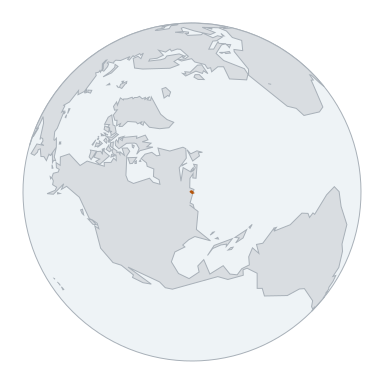 Rhode Island on an orthographic globe, rotated 312°
{"feature_id": "USA-3539", "entity_name": "Rhode Island", "entity_type": "State", "adm_level": 1, "iso_a3": "USA", "parent_name": "United States of America", "parent_adm1": "", "projection": "orthographic", "projection_center": [-71.395, 41.581], "detail": "fine", "context": "on_globe", "style": "filled", "palette": "amber", "viewbox_px": 384, "rotation_deg": 312, "n_neighbors": 0, "source": "natural_earth", "source_scale": "10m", "svg_char_len": 10361}
<svg xmlns="http://www.w3.org/2000/svg" viewBox="0 0 384 384"><g transform="rotate(312 192 192)"><circle cx="192" cy="192" r="169" fill="#eef3f6" stroke="#a8b0b8"/><path d="M184.3,360.8L186.5,360.8L183.4,360.7L189.1,360.0L185.7,360.2L186.8,357.6L191.9,354.4L195.4,340.2L191.8,336.7L178.8,332.1L163.2,315.4L167.4,308.7L164.0,304.9L175.2,294.8L172.2,283.9L168.3,282.0L164.4,285.8L151.0,277.2L146.4,267.8L106.7,242.5L103.0,236.2L103.5,228.1L93.4,194.7L96.3,223.4L91.8,216.2L88.7,205.0L91.2,203.9L90.3,188.5L86.7,180.5L89.1,161.7L101.7,142.5L102.4,147.3L105.3,142.5L104.6,136.4L103.5,133.6L112.7,111.9L112.3,95.0L106.6,93.2L112.3,91.2L97.6,90.5L93.8,85.4L101.6,89.2L105.0,88.2L104.2,83.5L107.5,81.5L109.0,78.2L113.1,76.4L117.3,79.2L120.0,78.2L119.3,75.0L122.9,71.4L123.6,76.2L130.0,70.7L138.2,75.3L136.8,91.1L144.8,93.4L152.5,109.6L155.2,107.0L159.8,112.0L164.7,111.1L164.7,114.7L168.6,110.9L167.6,107.8L169.0,105.1L171.8,104.4L172.3,108.8L171.0,109.8L172.6,110.7L171.7,113.3L173.7,111.6L174.0,117.3L177.8,110.7L181.5,114.5L180.6,118.5L175.3,119.3L160.1,131.8L157.5,136.9L159.2,142.8L173.8,151.2L173.2,156.6L176.3,163.0L179.1,159.3L177.7,153.0L183.6,148.2L181.1,141.5L183.2,138.7L182.8,131.8L188.7,131.8L194.6,135.6L195.2,141.5L197.8,143.5L201.9,137.3L207.6,148.1L219.2,155.3L220.1,158.4L213.3,165.1L201.4,166.3L192.6,176.6L204.2,169.1L206.1,177.7L208.9,178.9L212.2,178.2L213.7,174.6L215.6,177.6L204.9,185.8L203.0,183.2L206.4,180.5L200.8,181.3L193.6,187.5L195.2,191.8L182.6,197.9L183.5,201.2L181.3,204.6L180.7,198.8L181.6,209.5L167.1,220.3L168.1,238.4L160.8,223.9L154.3,221.5L146.4,220.6L146.4,223.5L136.0,219.4L126.3,223.4L122.4,236.5L125.7,247.8L137.3,250.8L140.9,245.8L149.6,246.0L143.0,260.2L158.1,264.5L156.4,275.1L160.7,281.0L168.3,280.3L176.2,283.4L181.8,277.5L191.0,274.3L191.1,282.8L196.2,275.0L201.3,278.9L219.4,277.2L218.1,279.3L233.4,286.9L249.8,287.8L253.7,292.5L251.7,296.4L257.4,295.9L257.5,298.1L280.0,293.9L291.2,294.2L290.7,301.1L281.0,312.5L271.4,328.9L253.7,338.3L248.7,343.5L234.1,351.6L223.5,353.2L226.1,354.7L219.8,356.6L212.7,357.5L211.2,358.6L205.9,359.1L209.2,359.3L200.5,360.5L202.6,360.6L202.2,360.7L184.3,360.8ZM33.0,161.6L34.2,158.4L33.8,161.9L33.0,161.6ZM34.8,155.4L34.4,156.7L34.7,155.4L34.8,155.4ZM34.9,153.8L34.8,155.0L34.8,153.9L34.9,153.8ZM34.9,152.0L34.9,152.9L34.9,152.0ZM167.1,244.2L184.3,253.2L174.4,253.9L176.3,252.5L172.0,248.9L163.8,245.2L155.2,246.0L167.1,244.2ZM35.3,148.4L35.5,147.4L35.7,147.9L35.3,148.4ZM175.1,235.1L172.1,234.3L175.1,234.4L175.1,235.1ZM102.4,132.8L104.3,136.5L103.7,142.9L101.7,140.0L102.4,132.8ZM104.1,121.2L105.9,122.1L102.5,126.8L102.5,124.8L104.1,121.2ZM101.7,92.5L102.6,95.0L100.6,93.3L101.7,92.5ZM108.5,78.1L107.2,78.1L108.5,76.4L108.5,78.1ZM179.6,132.4L181.2,132.1L180.5,133.5L179.6,132.4ZM178.0,129.7L176.0,131.5L175.0,130.6L176.2,129.4L178.0,129.7ZM116.0,72.2L118.6,69.7L116.7,72.7L116.0,72.2ZM180.7,127.7L173.3,128.6L171.5,126.9L174.6,121.4L180.7,127.7ZM120.5,68.6L126.7,62.9L124.3,62.3L134.5,61.2L125.9,66.2L124.0,69.8L123.1,68.0L120.5,68.6ZM166.1,107.1L167.2,110.4L163.7,108.4L166.1,107.1ZM163.5,106.5L150.7,104.9L150.4,100.0L154.7,101.4L152.3,95.8L158.4,94.2L161.2,96.9L160.1,100.3L163.3,97.1L163.5,106.5ZM139.2,61.7L141.3,60.9L139.9,62.3L139.2,61.7ZM169.3,103.9L166.7,103.9L166.2,99.6L171.3,98.8L169.8,100.5L169.3,103.9ZM148.6,95.3L149.2,92.1L154.3,89.9L155.2,88.4L158.5,93.7L148.6,95.3ZM171.3,101.1L173.9,98.6L176.6,100.1L171.7,103.7L171.3,101.1ZM164.0,98.9L164.0,96.8L165.7,97.7L164.0,98.9ZM187.8,104.2L184.7,104.1L184.2,101.8L187.8,104.2ZM174.6,97.6L173.7,97.2L173.1,96.3L175.3,95.1L174.6,97.6ZM161.9,91.9L164.0,91.7L160.8,89.6L164.6,88.0L166.1,91.9L167.0,89.6L168.1,89.1L168.1,92.9L161.9,91.9ZM175.9,91.3L179.2,96.1L185.0,96.8L185.5,98.8L176.1,97.4L175.9,91.3ZM171.3,91.9L174.3,91.9L173.6,94.3L171.1,95.7L171.3,91.9ZM166.5,85.6L160.4,86.9L160.3,86.1L166.5,85.6ZM177.8,91.0L176.9,89.9L178.3,90.8L177.8,91.0ZM170.1,86.6L168.0,87.2L167.9,86.2L170.1,86.6ZM177.1,87.2L178.1,88.7L176.5,89.7L177.1,87.2ZM174.0,86.6L174.4,85.0L175.2,89.1L173.1,87.0L174.0,86.6ZM170.4,85.6L169.7,85.2L171.3,85.5L170.4,85.6ZM182.8,83.0L184.2,87.9L180.5,89.9L179.7,84.8L182.8,83.0ZM317.3,78.7L319.5,81.2L319.8,81.5L330.0,94.5L338.8,108.4L335.3,105.2L333.3,102.5L333.1,102.3L332.8,102.1L336.4,107.1L334.3,105.9L340.8,112.1L342.6,115.4L347.6,126.2L351.9,137.3L355.3,148.7L358.0,160.4L359.8,172.1L360.8,184.0L360.9,195.9L360.2,207.9L358.7,219.7L358.5,213.5L358.7,202.4L357.8,201.1L356.4,207.2L354.8,205.7L353.5,208.8L342.7,232.4L336.8,233.1L323.8,224.0L323.9,213.5L319.5,205.4L316.7,155.9L321.1,151.7L324.6,129.4L326.0,127.8L331.0,135.1L337.9,127.5L333.8,118.6L334.7,109.9L331.8,101.8L321.2,89.4L325.9,102.4L321.3,100.3L313.3,86.0L308.5,75.5L306.5,74.4L305.1,77.8L299.4,72.5L304.1,78.8L305.6,78.4L308.5,82.5L307.3,83.3L305.4,81.2L305.5,84.0L314.9,93.5L317.4,94.0L320.6,104.3L325.2,106.4L327.7,110.9L320.9,109.1L318.1,106.5L309.4,108.9L312.7,112.5L321.1,110.7L320.5,112.6L325.0,118.1L321.1,115.5L311.1,117.2L310.9,127.6L318.7,148.4L317.0,154.7L311.9,157.6L301.1,144.2L306.2,131.7L302.4,127.4L294.5,126.2L296.8,122.7L294.2,120.9L295.4,116.3L290.5,107.1L290.8,102.5L282.3,96.5L281.3,93.5L286.6,97.8L290.4,98.5L290.3,88.0L288.3,85.3L282.9,82.4L283.5,80.1L278.3,78.7L275.0,72.3L274.5,79.2L268.1,76.6L262.6,71.8L260.4,72.3L269.4,80.3L273.0,82.5L276.3,82.3L286.1,90.1L287.6,94.3L276.9,91.3L277.8,97.2L269.2,92.8L250.3,73.0L245.7,66.4L251.9,58.9L256.7,61.1L256.9,64.8L262.7,62.9L259.3,62.3L259.9,60.6L253.8,58.3L253.9,57.0L248.0,57.1L247.5,55.3L251.2,55.3L241.9,50.9L239.0,47.2L236.8,46.8L235.3,47.5L232.6,42.7L231.1,42.7L231.4,44.3L228.7,45.4L222.8,45.6L222.2,43.9L224.2,43.6L227.6,40.7L233.1,40.4L232.3,39.8L227.3,39.6L223.2,43.1L219.8,43.8L221.1,41.8L220.4,42.5L218.5,42.4L216.1,40.7L214.4,42.9L194.7,44.7L188.0,42.2L191.4,39.8L176.9,40.7L170.6,38.6L170.9,39.9L164.2,41.7L166.1,42.3L165.7,43.2L149.3,49.2L145.0,49.6L138.3,54.5L138.5,55.3L141.3,55.2L134.5,61.2L124.3,62.3L124.4,60.4L117.9,62.8L119.2,58.3L117.3,56.0L122.6,50.4L120.6,49.4L118.2,50.5L113.8,50.3L112.8,46.7L123.9,44.6L127.5,50.8L127.0,47.6L130.2,47.1L131.9,45.2L131.2,43.3L129.2,43.9L143.9,35.6L148.4,30.9L140.6,33.4L136.0,34.3L134.3,33.3L137.4,32.1L149.1,28.6L161.1,25.9L173.3,24.1L185.6,23.2L197.9,23.1L210.1,24.0L222.3,25.8L234.3,28.4L246.1,31.9L257.6,36.3L268.8,41.5L279.5,47.5L289.8,54.2L299.6,61.7L308.8,69.9L317.3,78.7ZM323.5,176.1L325.0,178.8L323.5,176.1ZM307.3,69.7L301.8,64.0L297.5,61.5L295.1,59.2L294.5,59.4L297.2,61.4L294.9,61.5L290.1,57.6L287.3,56.4L289.0,58.3L298.1,65.7L301.6,65.2L305.7,68.8L307.3,69.7ZM220.0,277.0L222.2,278.4L219.3,278.8L220.0,277.0ZM173.0,257.6L176.6,258.0L178.5,259.5L175.7,259.8L173.0,257.6ZM204.0,257.9L208.2,258.4L203.8,259.4L204.0,257.9ZM187.0,254.3L200.6,257.8L192.0,260.7L183.4,258.5L189.4,257.8L187.0,254.3ZM173.2,240.7L175.5,241.5L174.8,243.2L173.2,240.7ZM177.2,235.2L176.3,235.3L175.2,233.8L177.2,235.2ZM206.7,177.2L207.6,176.7L211.0,176.6L209.4,178.2L206.7,177.2ZM225.9,168.1L228.5,173.2L225.5,170.5L223.8,173.4L215.5,171.8L220.1,160.0L219.5,165.5L225.9,168.1ZM205.7,166.8L210.4,168.9L205.0,167.1L205.7,166.8ZM278.7,116.6L281.3,115.8L284.1,118.9L283.7,125.8L279.7,121.2L278.7,116.6ZM284.4,114.0L274.0,109.7L273.8,105.6L275.6,108.5L276.6,106.2L279.8,110.5L289.9,111.2L293.0,114.1L290.6,124.6L289.7,119.4L287.1,120.4L284.4,114.0ZM247.6,109.4L243.1,108.4L248.5,100.6L252.1,102.5L252.0,109.2L247.7,111.0L247.6,109.4ZM187.7,118.2L185.6,119.0L185.4,117.7L187.1,115.9L187.7,118.2ZM186.4,104.3L196.6,113.6L194.8,114.9L203.0,119.2L201.3,124.4L196.0,121.4L200.9,128.9L195.4,128.2L199.2,133.0L187.7,125.6L183.0,125.6L188.9,123.6L190.6,118.7L189.9,116.6L184.5,110.8L175.2,108.8L175.4,104.0L178.0,101.2L180.3,100.9L179.4,104.0L183.0,101.5L183.5,105.8L186.4,104.3ZM208.5,75.7L206.6,78.5L214.0,75.8L214.5,79.4L215.3,78.9L217.9,81.6L222.4,84.1L221.8,85.8L223.8,86.1L225.5,88.0L228.0,89.0L228.0,92.6L231.1,94.1L229.3,95.0L234.6,96.8L230.6,97.1L232.4,99.9L235.4,98.1L228.8,116.7L229.1,124.9L231.6,131.8L224.3,131.8L217.4,125.6L211.6,117.0L212.3,109.3L208.9,111.0L208.3,107.9L211.2,107.9L206.3,106.0L206.5,103.6L201.4,97.0L194.1,96.3L192.0,94.1L195.0,93.1L190.8,91.6L195.1,88.3L193.7,86.7L196.5,82.1L203.1,81.5L201.0,79.7L203.1,76.4L208.5,75.7ZM183.8,81.7L191.5,79.7L195.6,80.8L189.0,88.5L189.7,90.4L185.6,95.7L179.7,94.1L181.4,92.6L181.7,90.9L183.4,92.1L182.3,89.9L184.6,87.9L184.3,85.7L186.9,85.6L183.8,81.7ZM324.2,123.2L324.6,121.6L324.5,118.5L327.4,122.1L324.2,123.2ZM317.5,124.5L317.4,122.5L321.4,125.7L320.9,127.5L317.5,124.5ZM314.0,118.9L317.1,122.2L315.1,121.5L314.0,118.9ZM286.2,95.9L285.7,93.9L286.9,94.2L288.8,96.1L286.2,95.9ZM230.5,69.6L228.8,70.7L227.8,70.1L222.0,70.5L221.2,68.1L224.3,66.9L230.5,69.6ZM324.0,93.2L326.8,97.4L326.3,97.7L325.5,96.2L324.0,93.2ZM328.7,110.2L329.2,107.4L329.4,111.2L328.7,110.2ZM228.6,67.0L226.4,67.4L227.3,65.9L228.6,67.0ZM220.3,66.3L220.8,64.6L220.4,67.8L220.3,66.3ZM218.1,48.9L227.1,50.9L233.0,51.2L235.4,49.4L235.8,53.0L226.7,52.5L218.1,48.9ZM197.6,45.2L195.5,47.2L193.9,46.1L194.1,45.6L197.6,45.2ZM198.2,46.6L200.5,49.5L197.6,50.4L196.4,47.9L198.2,46.6ZM214.9,57.4L217.6,58.1L216.8,59.2L214.9,57.4ZM126.5,36.2L126.9,36.2L119.8,39.4L118.1,40.1L119.6,39.3L126.5,36.2ZM125.0,37.1L128.5,35.7L136.9,34.5L136.9,35.1L126.7,37.1L129.5,36.0L128.7,35.9L125.0,37.1ZM140.5,60.1L141.2,60.8L139.4,60.9L140.5,60.1ZM166.9,43.5L166.1,44.6L164.0,44.5L166.9,43.5ZM162.7,47.7L165.7,47.1L162.8,48.5L162.7,47.7ZM172.2,45.6L167.0,47.1L171.6,44.7L172.2,45.6Z" fill="#d9dde1" stroke="#a8b0b8" stroke-width="1"/><path d="M192.3,191.6L192.3,191.8L192.2,191.8L192.2,191.7L192.3,191.5L192.2,191.5L192.1,191.4L192.0,191.5L191.9,191.7L192.0,191.8L191.9,192.0L191.9,192.3L191.9,192.5L191.7,192.6L191.2,192.7L191.0,192.8L190.9,192.8L191.0,192.8L191.0,192.7L191.1,192.3L191.1,192.2L191.1,191.9L191.1,191.6L191.1,191.4L191.1,191.2L191.1,190.9L191.1,190.7L191.3,190.7L191.5,190.7L191.9,190.7L192.0,190.7L192.0,190.8L192.0,191.0L192.1,191.3L192.2,191.5L192.3,191.5L192.3,191.6ZM192.6,192.2L192.5,192.3L192.4,192.3L192.4,192.2L192.4,191.9L192.4,191.7L192.5,191.7L192.5,191.8L192.6,192.0L192.6,192.2ZM192.2,192.0L192.3,192.0L192.3,191.9L192.4,192.1L192.4,192.3L192.2,192.3L192.2,192.2L192.2,192.0ZM191.6,193.1L191.7,193.3L191.5,193.2L191.6,193.1ZM192.1,192.1L192.1,192.3L192.0,192.2L192.1,192.1ZM192.2,192.0L192.1,191.9L192.1,191.7L192.1,191.8L192.2,192.0Z" fill="#f59e0b" stroke="#b45309" stroke-width="1.5"/></g></svg>